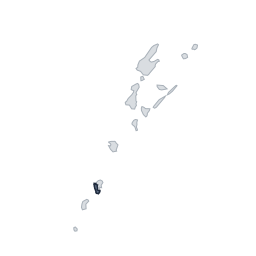 South Erromango, Tafea, Vanuatu (highlighted), rotated 51°
{"feature_id": "77236927B89058038610930", "entity_name": "South Erromango", "entity_type": "district", "adm_level": 2, "iso_a3": "VUT", "parent_name": "Vanuatu", "parent_adm1": "Tafea", "projection": "robinson", "projection_center": [169.191, -18.905], "detail": "fine", "context": "in_parent", "style": "filled", "palette": "slate", "viewbox_px": 256, "rotation_deg": 51, "n_neighbors": 0, "source": "geoboundaries", "source_scale": "gbopen_adm2", "svg_char_len": 3960}
<svg xmlns="http://www.w3.org/2000/svg" viewBox="0 0 256 256"><g transform="rotate(51 128 128)"><path d="M86.4,58.1L88.3,68.9L90.4,68.9L91.5,68.3L92.7,65.8L93.3,61.8L94.4,61.2L95.8,61.7L95.2,62.9L95.6,66.1L96.7,67.8L97.4,68.2L98.9,76.4L99.4,78.2L99.4,79.6L96.4,82.6L91.9,82.6L88.8,84.4L86.8,84.3L86.9,82.2L85.1,80.5L83.2,77.0L83.7,70.6L80.2,58.9L80.2,56.0L81.3,52.1L82.5,51.9L84.0,55.1L86.4,58.1ZM105.5,99.4L106.8,100.1L107.5,100.1L107.9,101.7L112.0,104.8L113.1,104.7L114.1,106.5L115.8,107.3L116.3,109.1L117.5,110.9L115.4,113.1L111.1,112.5L108.7,115.0L106.6,114.3L106.2,113.0L106.5,112.6L105.2,109.3L104.6,104.3L103.7,101.3L102.7,100.0L100.8,101.1L100.0,101.3L98.1,98.9L98.9,94.0L99.4,92.5L100.9,92.3L103.3,93.6L105.5,99.4ZM160.0,191.9L158.7,193.4L157.6,193.3L150.2,189.6L150.5,188.1L150.2,184.3L151.0,182.2L153.0,181.4L154.6,181.8L155.6,184.9L157.8,186.1L156.2,187.2L158.9,189.5L160.0,191.9ZM134.8,146.4L137.7,151.1L138.8,151.4L137.1,154.7L133.5,155.0L129.4,154.2L130.9,153.0L130.1,151.7L128.8,151.5L127.4,152.1L126.7,151.9L127.6,149.8L130.0,146.7L130.6,146.5L131.3,146.5L131.9,146.7L134.8,146.4ZM130.6,107.2L127.3,107.6L122.8,106.5L120.9,105.1L120.1,103.7L121.7,102.7L124.0,102.2L126.8,98.9L127.8,100.2L128.8,103.8L130.0,104.9L130.6,106.0L130.6,107.2ZM164.4,211.4L162.9,214.9L160.4,214.1L158.0,211.5L156.7,209.3L157.5,205.0L158.8,204.3L160.1,204.5L160.7,208.7L164.4,211.4ZM128.2,95.3L127.7,95.4L127.2,93.9L125.6,85.9L126.7,78.8L127.3,80.3L129.7,92.8L129.4,94.8L128.2,95.3ZM134.9,121.6L135.7,122.1L135.2,123.4L131.3,121.9L128.2,122.5L127.3,122.4L126.4,121.2L125.7,118.7L126.0,117.0L127.3,115.8L127.8,115.6L128.8,117.1L129.7,118.1L130.6,118.5L132.6,120.9L134.9,121.6ZM119.6,77.9L117.7,79.4L114.2,79.3L112.9,78.4L117.2,73.9L122.2,73.0L119.6,77.9ZM110.2,39.7L109.1,41.4L105.8,40.8L105.1,40.4L105.3,37.7L106.1,36.7L108.0,35.9L110.6,37.2L110.2,39.7ZM107.5,28.2L107.1,28.6L106.4,28.3L104.7,24.4L105.2,23.1L107.3,21.8L109.2,24.0L109.3,25.2L109.3,26.2L109.0,27.1L107.8,27.5L107.5,28.2ZM127.5,74.5L127.0,76.5L125.8,74.1L125.1,64.3L125.4,63.4L126.0,63.3L127.4,70.2L127.5,74.5ZM175.8,232.4L174.8,234.2L173.3,234.2L171.4,232.9L171.7,231.3L174.0,231.0L174.6,231.1L175.8,232.4ZM99.9,87.3L99.4,88.2L96.4,86.0L97.1,84.0L100.4,84.7L99.9,87.3Z" fill="#d9dde1" stroke="#a8b0b8" stroke-width="1"/><path d="M150.9,188.1L150.8,188.3L150.7,188.3L150.6,188.5L150.4,188.6L150.5,188.7L150.4,188.7L150.3,188.8L150.3,188.7L150.3,188.8L150.2,188.9L150.3,188.9L150.3,189.0L150.3,189.3L150.3,189.5L150.4,189.8L150.6,189.9L150.6,190.0L150.8,190.1L151.0,190.2L151.1,190.3L151.3,190.3L151.5,190.4L151.8,190.5L152.0,190.5L152.3,190.9L152.3,191.0L152.5,191.1L152.8,191.1L153.0,191.2L153.1,191.3L153.3,191.4L153.4,191.5L153.5,191.6L153.8,191.7L153.9,191.8L154.0,191.8L154.3,191.9L154.4,192.0L154.5,192.0L154.8,192.0L154.8,191.9L155.0,191.9L155.3,191.9L155.3,192.0L155.3,191.9L155.5,191.9L155.5,191.7L155.5,191.8L155.4,191.9L155.5,192.0L155.8,192.2L155.8,192.3L156.0,192.3L156.2,192.5L156.3,192.5L156.5,192.5L156.8,192.7L157.0,192.7L157.1,192.8L157.3,193.0L157.5,193.1L157.7,193.3L157.8,193.3L158.0,193.5L158.3,193.6L158.5,193.6L158.8,193.6L158.9,193.4L159.0,193.4L159.3,193.3L159.4,193.2L159.5,193.1L159.7,192.9L159.8,192.8L159.8,192.7L160.0,192.5L160.0,192.4L160.2,192.2L160.3,192.2L160.2,192.0L160.3,191.9L160.3,191.7L160.3,191.4L160.2,191.4L160.2,191.2L160.1,190.9L160.0,190.7L160.0,190.4L159.9,190.3L159.8,190.2L159.7,190.1L159.6,189.9L159.5,190.0L159.4,190.0L159.5,190.0L159.5,189.9L159.5,189.7L159.4,189.6L159.2,189.4L158.9,189.2L158.8,189.3L158.8,189.5L158.7,189.6L158.5,189.8L158.3,189.9L158.3,190.1L158.1,190.3L157.8,190.5L157.6,190.6L157.0,190.6L156.6,190.4L156.4,190.3L156.3,190.2L156.0,190.0L155.9,189.8L155.6,189.6L155.3,189.5L155.0,189.1L154.7,189.0L154.3,188.8L153.8,188.6L153.6,188.5L153.2,187.7L153.1,187.8L152.9,187.8L152.7,187.8L152.4,187.8L152.2,187.9L152.1,188.0L151.8,188.0L151.7,188.1L151.0,188.2L150.9,188.1Z" fill="#64748b" stroke="#1e293b" stroke-width="1.5"/></g></svg>